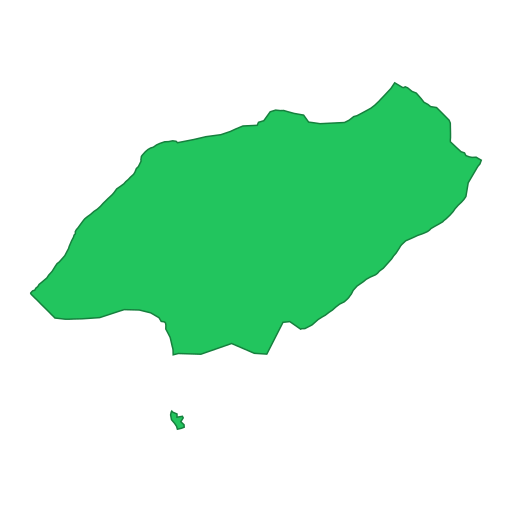 Gassol, Taraba, Nigeria (Albers equal-area conic projection)
{"feature_id": "59680162B86116731035265", "entity_name": "Gassol", "entity_type": "district", "adm_level": 2, "iso_a3": "NGA", "parent_name": "Nigeria", "parent_adm1": "Taraba", "projection": "albers", "projection_center": [10.507, 8.392], "detail": "fine", "context": "isolated", "style": "filled", "palette": "green", "viewbox_px": 512, "rotation_deg": 0, "n_neighbors": 0, "source": "geoboundaries", "source_scale": "gbopen_adm2", "svg_char_len": 3434}
<svg xmlns="http://www.w3.org/2000/svg" viewBox="0 0 512 512"><path d="M394.7,82.8L390.9,88.5L383.6,96.3L380.6,99.4L379.3,100.9L374.8,105.2L370.9,108.2L368.2,109.7L363.4,112.3L361.0,113.6L357.0,115.7L353.7,116.6L349.1,120.2L344.5,122.5L332.3,123.1L326.2,123.4L320.1,123.7L312.6,122.6L308.6,122.1L303.6,115.1L297.4,114.0L294.0,113.4L290.4,112.4L287.8,111.7L283.7,110.5L280.3,110.6L275.6,110.1L270.2,111.8L263.8,120.7L258.5,122.3L257.2,125.3L242.9,126.0L235.9,128.9L230.3,131.5L220.8,134.7L205.8,136.7L204.6,137.0L193.9,139.5L177.5,142.7L176.1,141.3L172.7,140.8L168.6,141.6L164.6,141.8L159.9,143.4L156.6,144.9L153.3,147.2L150.6,148.0L148.0,149.5L145.4,151.7L142.8,154.6L142.2,155.3L141.4,156.4L140.9,159.8L141.1,161.1L138.4,166.6L136.4,168.5L134.9,172.2L133.6,174.3L130.3,177.3L128.4,179.4L125.8,181.6L123.9,183.8L119.9,186.7L116.7,188.9L114.1,192.5L112.2,194.7L109.0,197.7L108.3,198.3L103.1,203.4L100.5,206.3L97.3,209.2L94.0,211.4L90.7,214.3L89.1,215.5L87.5,216.6L84.9,218.7L83.6,220.2L80.4,224.5L77.8,228.1L76.5,229.5L75.3,231.6L75.4,233.7L74.1,235.1L73.5,237.2L71.6,240.8L70.4,243.6L69.2,246.4L68.6,248.5L67.4,250.7L64.8,255.7L60.4,260.7L59.1,262.1L57.1,263.6L55.2,266.4L52.1,271.4L50.1,273.6L48.8,275.0L46.9,277.9L44.3,280.1L41.7,282.3L39.1,284.4L37.8,286.6L35.9,288.1L34.6,290.4L33.9,290.4L33.1,290.7L32.6,290.9L31.8,291.7L30.7,293.0L30.7,293.5L31.3,294.4L35.2,298.3L35.5,298.6L35.9,298.9L39.0,302.0L41.0,304.1L46.9,309.9L49.7,312.7L51.3,314.4L53.4,316.4L54.9,318.0L62.7,318.9L64.4,319.1L65.7,319.2L68.5,319.2L71.2,319.1L73.7,319.0L82.1,318.8L99.7,317.6L120.4,310.8L120.8,310.7L124.2,309.6L127.7,309.7L135.8,309.9L139.4,310.0L139.7,310.1L141.3,310.5L146.1,311.7L150.6,312.8L154.1,314.8L154.9,315.3L157.3,316.7L159.0,317.7L160.4,320.0L161.2,321.4L164.5,321.9L165.5,323.0L165.9,325.2L165.8,329.0L167.4,332.0L167.6,332.4L168.5,334.1L170.2,337.5L170.5,338.8L170.6,339.2L172.2,346.2L172.8,348.4L173.0,349.7L173.1,351.2L173.1,352.3L173.2,354.8L178.3,353.5L200.9,354.2L231.6,343.5L254.3,353.3L266.8,354.1L283.0,322.3L285.1,322.1L289.8,321.6L300.7,329.2L301.5,328.7L304.9,328.6L312.2,324.8L317.8,319.8L317.9,319.7L318.0,319.6L322.6,316.7L325.3,315.2L329.2,312.2L332.5,310.0L335.7,307.1L339.6,304.1L344.3,301.8L347.5,298.9L348.8,297.5L349.6,296.3L351.4,293.9L353.2,290.3L357.1,286.0L363.6,281.5L366.2,279.3L370.2,277.1L375.5,274.8L377.5,273.3L379.4,271.1L383.3,268.2L385.9,265.3L388.5,262.4L391.7,258.8L393.6,255.9L395.9,253.3L396.0,253.2L399.3,248.1L400.6,245.9L401.8,244.5L405.7,240.8L411.0,238.5L414.3,237.0L417.7,235.4L422.3,233.8L424.3,233.0L427.6,231.5L429.6,230.0L430.9,228.6L434.8,226.3L438.8,224.1L442.7,221.8L444.0,220.4L446.0,218.9L449.9,215.2L453.1,211.6L455.0,208.8L458.2,205.2L461.4,202.2L464.0,199.3L465.9,196.5L468.2,182.8L475.5,170.4L476.7,168.3L478.0,166.2L479.9,164.0L481.3,160.2L478.3,158.5L476.2,157.2L472.1,157.4L469.4,156.9L465.9,155.6L464.5,152.9L461.0,151.7L456.0,147.1L453.9,145.1L451.1,142.5L450.4,141.9L450.3,140.1L450.5,137.7L450.5,133.6L450.3,123.1L449.1,120.2L442.7,113.7L436.6,107.6L436.3,107.5L430.6,106.6L427.9,104.4L424.0,102.3L421.1,98.6L416.3,93.1L412.0,91.4L407.6,87.8L405.2,86.8L403.8,87.6L402.4,87.4L394.7,82.8ZM177.4,429.2L178.8,428.9L181.4,428.3L184.2,427.2L184.0,424.7L180.8,421.7L183.2,417.9L182.4,416.3L177.0,417.2L177.0,414.0L172.6,412.1L171.8,411.1L171.2,412.1L170.6,414.9L171.5,419.7L174.4,423.1L175.5,424.7L176.6,426.4L177.4,429.2Z" fill="#22c55e" stroke="#15803d" stroke-width="1.5"/></svg>